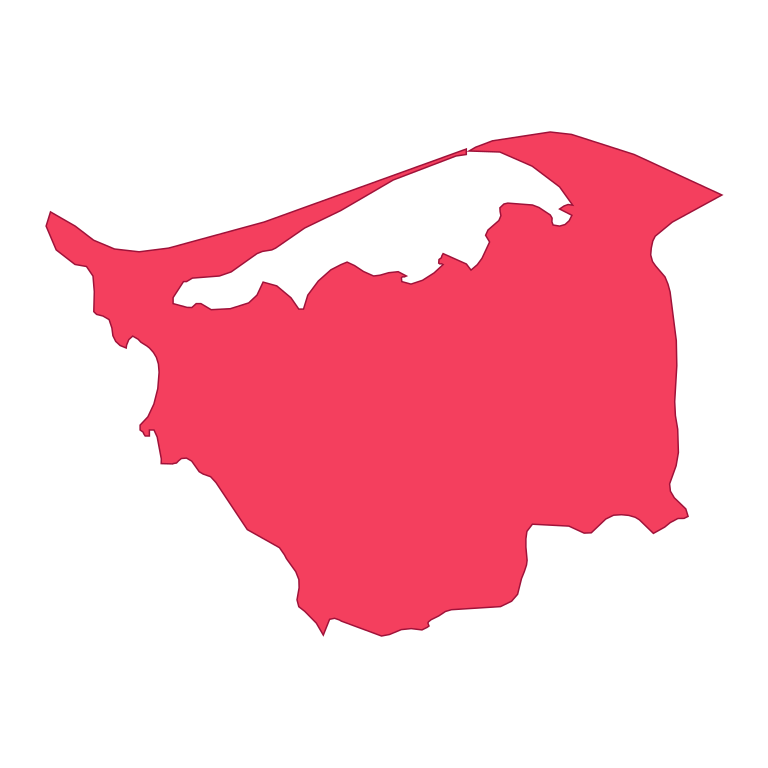 an SVG outline of Kafr ash Shaykh
{"feature_id": "EGY-1547", "entity_name": "Kafr ash Shaykh", "entity_type": "Governorate", "adm_level": 1, "iso_a3": "EGY", "parent_name": "Egypt", "parent_adm1": "", "projection": "robinson", "projection_center": [30.841, 31.295], "detail": "fine", "context": "isolated", "style": "filled", "palette": "rose", "viewbox_px": 768, "rotation_deg": 0, "n_neighbors": 0, "source": "natural_earth", "source_scale": "10m", "svg_char_len": 2903}
<svg xmlns="http://www.w3.org/2000/svg" viewBox="0 0 768 768"><path d="M74.9,264.4L56.2,249.9L46.1,226.1L50.5,211.9L75.2,226.1L93.6,240.2L114.5,249.0L139.1,251.8L168.5,248.1L264.2,222.0L466.3,149.0L466.3,154.5L456.0,156.0L393.2,180.0L340.7,210.6L304.7,228.0L275.6,248.1L271.8,249.9L262.5,251.4L257.0,253.6L231.2,271.9L219.4,276.0L192.4,278.1L186.5,281.6L183.5,281.6L173.1,297.6L173.1,303.6L187.1,307.4L191.9,307.5L196.2,303.6L200.9,303.6L211.2,309.7L230.3,308.7L248.7,302.9L257.0,295.1L263.1,282.1L276.8,285.9L291.0,297.8L298.8,309.1L303.5,309.1L307.8,295.1L318.3,281.0L330.9,269.8L341.0,264.6L347.1,262.1L354.6,265.6L363.5,271.5L373.6,276.0L380.0,275.2L388.7,272.7L398.2,271.7L406.4,276.0L404.3,276.9L402.4,276.8L401.4,277.8L401.8,281.6L411.0,284.1L422.5,280.3L434.1,272.9L443.1,264.6L441.4,263.7L439.8,263.9L438.7,263.1L439.0,259.5L441.3,257.8L441.6,257.1L441.7,256.2L443.1,253.6L466.4,264.0L471.0,270.1L477.3,264.7L482.0,258.3L489.6,242.0L485.6,235.3L488.0,230.0L498.9,220.5L500.9,215.7L500.1,211.5L499.9,207.8L503.9,204.0L507.8,203.1L532.5,205.0L539.0,207.5L550.3,215.0L552.1,218.1L551.9,221.8L553.1,225.0L559.6,226.1L565.1,224.5L569.2,220.7L571.9,215.3L559.6,209.0L564.0,206.0L568.1,204.5L572.7,205.2L559.6,186.9L532.2,166.2L499.8,152.0L469.1,151.0L475.6,147.2L492.5,140.8L550.2,132.0L571.5,134.4L634.2,154.5L721.9,195.0L672.3,222.1L655.2,236.2L652.8,241.0L651.3,248.0L650.7,254.9L652.5,261.5L655.5,265.8L665.0,276.9L668.0,284.2L670.1,292.0L676.3,340.6L676.8,365.8L674.7,401.6L675.4,415.6L677.7,429.2L678.4,452.5L676.1,465.8L669.6,483.9L670.4,491.2L674.3,497.8L685.8,508.9L688.1,516.4L684.0,518.4L677.9,518.5L670.2,522.6L664.7,527.1L653.4,533.4L639.4,519.8L635.3,517.3L628.8,515.4L621.5,514.7L613.6,515.2L605.8,519.0L591.3,532.8L584.1,533.1L568.9,526.1L532.4,524.2L526.9,531.4L525.9,538.9L525.9,547.1L527.1,560.3L526.5,565.0L524.4,571.4L521.5,578.6L517.6,594.3L511.6,601.2L500.5,606.6L451.4,609.7L445.4,611.5L438.8,615.9L431.1,619.7L428.5,621.8L427.9,623.1L429.0,626.0L427.1,627.4L422.0,629.9L411.2,628.6L401.3,629.6L389.5,634.5L381.5,636.0L341.3,621.1L339.5,620.0L334.6,618.3L329.6,619.3L323.3,635.1L316.3,623.1L304.7,611.3L298.8,606.7L297.0,599.8L299.1,587.8L298.9,579.6L295.8,571.7L286.4,558.6L284.5,554.9L279.5,547.7L247.3,529.6L216.0,482.6L210.6,476.7L203.2,474.1L199.2,471.7L191.7,461.1L186.5,458.1L181.4,458.5L178.7,460.7L176.5,463.0L173.0,463.6L172.8,463.9L161.2,463.6L161.3,458.9L157.2,437.0L154.0,430.0L149.4,430.0L149.4,436.0L145.2,436.0L143.6,433.6L143.4,432.6L142.8,431.9L140.1,430.0L140.1,425.1L147.9,416.8L153.9,404.0L157.8,388.6L159.1,372.3L158.4,363.9L156.4,357.4L153.4,352.4L149.5,348.0L146.8,345.9L141.0,342.3L138.1,339.2L132.7,336.1L128.8,339.6L126.6,345.1L126.2,348.0L120.1,345.5L115.7,341.4L112.9,335.7L111.9,328.0L109.1,319.6L102.9,316.0L96.6,314.4L93.8,311.7L94.3,291.7L93.0,276.1L86.5,266.5L75.3,264.5L74.9,264.4Z" fill="#f43f5e" stroke="#9f1239" stroke-width="1.5"/></svg>